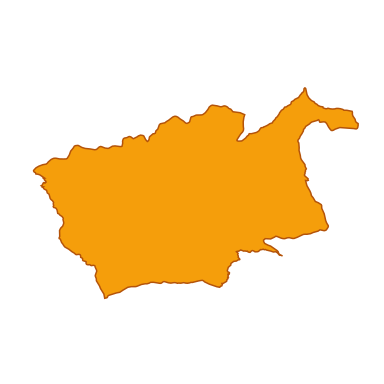 Pamplonita, Norte de Santander, Colombia (Natural Earth projection), rotated 275°
{"feature_id": "7082276B88663315175961", "entity_name": "Pamplonita", "entity_type": "district", "adm_level": 2, "iso_a3": "COL", "parent_name": "Colombia", "parent_adm1": "Norte de Santander", "projection": "natural_earth1", "projection_center": [-72.634, 7.481], "detail": "fine", "context": "isolated", "style": "filled", "palette": "amber", "viewbox_px": 384, "rotation_deg": 275, "n_neighbors": 0, "source": "geoboundaries", "source_scale": "gbopen_adm2", "svg_char_len": 6027}
<svg xmlns="http://www.w3.org/2000/svg" viewBox="0 0 384 384"><g transform="rotate(275 192 192)"><path d="M185.1,41.2L184.4,42.3L184.2,43.5L183.7,42.8L183.5,43.4L182.7,43.8L182.0,44.6L181.0,47.0L178.5,47.9L177.3,49.8L173.2,51.3L172.2,52.2L171.2,53.7L169.6,55.0L168.1,54.8L166.4,55.4L165.5,55.0L165.0,55.2L164.5,55.7L164.4,56.8L163.9,58.0L162.4,59.1L159.0,60.1L158.6,61.3L157.5,62.4L156.3,64.6L155.0,65.8L154.3,66.1L153.3,65.9L150.6,66.8L149.5,66.9L146.8,66.2L144.5,64.3L142.1,63.4L136.2,64.1L134.6,63.6L134.0,63.8L133.6,64.9L130.3,66.5L128.7,68.0L127.4,68.9L126.1,70.2L124.3,74.2L122.0,77.7L121.0,79.8L119.7,81.6L119.5,82.1L120.0,84.6L120.0,85.3L119.6,86.2L118.8,86.6L117.2,86.8L116.8,87.9L116.1,88.8L114.6,89.0L114.1,89.4L113.4,92.5L111.4,92.8L110.7,93.3L110.4,94.7L110.7,96.6L110.1,97.4L109.9,98.2L110.4,100.2L110.2,101.2L109.9,101.7L108.5,102.2L105.9,103.7L104.8,104.0L100.5,102.9L99.5,103.1L97.4,104.2L95.2,104.5L90.4,108.0L87.8,109.3L82.7,113.1L78.5,114.3L79.2,116.4L79.8,116.9L81.0,117.2L81.8,118.1L84.9,125.6L85.8,128.8L88.3,131.9L91.5,136.4L92.4,139.7L92.8,143.9L93.1,145.0L95.5,149.8L96.5,153.4L96.6,155.1L97.4,157.2L98.4,158.6L98.7,161.5L98.2,168.2L98.6,169.5L100.0,171.0L100.3,171.8L100.3,172.7L99.5,176.3L99.4,178.9L100.2,182.1L100.2,183.7L99.8,185.5L100.1,186.4L100.2,188.8L101.0,191.7L100.7,193.5L100.7,195.4L101.3,197.7L101.9,198.8L101.9,200.1L104.0,206.3L104.7,208.8L104.9,210.2L104.5,211.2L103.6,212.3L101.7,217.3L99.8,225.0L99.5,227.9L100.7,228.8L101.0,229.8L102.5,230.3L103.5,229.8L103.6,230.9L105.8,234.0L106.4,234.4L107.8,234.4L108.8,235.4L109.8,235.0L110.3,235.7L111.2,235.1L112.4,235.4L113.2,234.9L113.5,235.5L113.5,236.2L114.7,236.4L115.2,235.9L115.6,234.7L116.6,234.0L120.1,234.7L122.5,237.0L124.2,237.0L126.5,239.6L127.1,242.3L128.4,243.9L128.7,245.3L129.0,245.5L129.5,245.3L130.9,243.7L132.2,243.7L133.7,242.9L134.7,243.3L135.5,242.7L136.4,241.4L136.6,241.6L137.2,243.8L138.5,245.6L137.6,248.8L137.9,249.7L137.7,251.3L137.9,252.3L137.1,253.2L136.9,255.0L137.1,255.3L138.5,256.4L138.9,257.1L138.8,258.2L137.9,260.0L138.1,262.0L138.6,263.4L140.6,265.3L140.6,266.3L141.2,267.9L140.8,269.0L141.1,270.3L140.7,271.1L140.0,275.7L139.3,278.3L139.8,280.6L138.8,282.5L136.7,284.6L136.7,285.9L136.2,287.8L137.5,284.5L138.8,283.5L140.1,283.0L141.1,281.8L145.0,275.0L145.7,272.3L147.1,268.9L148.9,267.7L150.0,267.5L150.4,267.5L151.3,268.6L151.9,268.9L152.1,274.5L154.3,278.2L155.2,279.3L155.1,280.7L153.8,284.8L153.5,286.7L153.6,288.5L154.6,290.8L155.0,292.7L154.5,296.2L154.6,297.7L156.0,300.7L159.4,306.5L159.8,308.2L159.9,310.1L160.8,313.7L162.3,316.4L164.0,321.0L165.5,322.8L165.0,326.6L165.1,327.7L165.9,329.1L168.7,330.6L169.7,330.8L170.5,330.6L172.6,329.0L175.1,327.7L181.8,325.6L187.0,322.7L189.9,322.3L190.7,321.8L192.3,318.8L193.3,315.7L196.7,313.3L198.8,311.3L201.2,310.5L203.1,309.5L208.4,305.9L213.4,304.1L213.3,305.8L213.8,306.8L214.5,306.4L215.3,306.5L217.8,303.1L218.7,302.5L220.4,303.0L221.4,302.8L222.1,303.2L223.7,303.1L225.0,303.9L227.2,302.5L229.2,302.1L233.4,298.4L235.2,297.3L237.9,296.7L242.8,295.0L245.5,294.9L250.2,294.1L251.4,293.2L252.3,293.0L253.4,293.3L255.0,294.4L256.9,294.9L259.6,296.4L262.4,297.6L264.1,297.7L265.4,298.8L267.2,299.5L270.2,303.3L271.2,304.0L272.2,305.3L274.3,310.7L275.0,311.5L274.7,312.2L272.8,313.1L272.7,313.6L273.4,317.2L273.2,318.8L271.8,320.3L268.6,322.4L266.7,324.0L265.5,325.3L265.4,326.2L265.9,327.5L267.1,329.2L269.1,333.6L269.3,347.5L269.1,350.0L269.8,351.1L270.8,351.5L272.9,351.7L274.7,351.5L275.4,350.1L276.4,348.9L278.7,348.1L281.7,345.7L283.4,345.0L285.1,344.9L286.3,344.5L286.9,339.2L286.7,336.1L287.4,335.1L287.9,332.5L288.0,330.2L287.8,328.4L287.2,326.8L286.9,324.7L286.9,322.7L287.3,320.1L286.7,319.0L286.6,318.0L287.1,315.7L287.4,315.2L288.2,315.0L288.4,312.5L289.1,310.2L290.3,308.8L291.0,307.0L292.5,305.7L293.1,303.9L294.0,302.4L296.0,300.1L299.0,298.1L304.9,296.3L305.4,295.9L305.5,295.2L304.7,294.6L302.4,294.6L301.0,293.8L300.2,292.8L299.0,292.2L298.4,291.6L295.4,289.9L293.2,286.3L291.9,285.3L290.6,283.3L289.9,283.0L288.7,283.0L287.7,282.3L286.1,279.7L285.1,278.7L284.6,276.9L282.5,275.8L281.2,274.0L278.4,272.3L277.5,272.1L274.4,270.4L273.2,269.1L271.5,268.4L269.5,266.7L267.8,265.9L266.9,263.7L265.0,261.3L263.4,258.6L263.3,258.0L262.6,257.5L262.0,255.2L260.9,254.4L259.0,253.5L257.7,252.1L257.1,251.2L256.6,250.1L255.3,246.2L255.1,244.0L254.7,243.7L253.6,243.4L252.4,242.0L250.5,240.8L247.9,238.0L247.2,237.1L246.7,233.9L247.0,232.5L247.5,232.2L248.5,232.5L253.6,235.2L256.3,237.2L257.7,237.8L259.5,237.9L261.8,237.4L266.3,236.9L271.0,237.2L273.6,237.8L275.2,233.0L275.5,225.8L277.9,223.4L278.5,221.3L279.7,220.0L280.5,218.1L280.6,216.5L279.6,214.2L279.4,212.8L280.0,209.6L280.3,204.7L279.8,203.5L278.2,201.8L275.7,200.7L272.2,198.4L270.2,196.2L269.6,194.8L269.0,189.5L267.4,186.6L266.8,184.8L266.3,184.4L262.0,183.6L261.2,183.2L259.9,181.1L260.1,179.7L262.0,177.2L263.7,173.9L265.3,171.5L265.9,169.9L266.0,168.4L265.3,166.7L264.4,165.6L261.4,162.4L259.9,160.3L258.6,159.0L257.2,154.5L255.9,153.5L251.8,152.5L249.7,150.7L247.4,150.3L246.7,149.1L246.6,148.1L243.7,145.3L243.0,144.8L240.4,144.6L238.8,143.7L238.4,143.1L240.1,141.3L243.6,139.1L244.0,138.2L244.2,135.8L243.2,133.7L242.2,132.6L240.0,129.0L240.1,128.6L241.5,126.4L241.8,125.2L241.7,124.3L240.5,122.4L239.8,119.9L239.0,119.0L237.8,118.6L236.5,118.4L234.6,118.7L231.5,118.3L231.2,117.8L231.0,116.5L231.2,111.3L230.7,108.7L228.5,105.6L228.1,104.5L228.2,101.6L229.2,98.2L229.4,97.1L228.8,95.7L226.1,93.2L225.6,91.5L226.0,86.9L226.1,81.8L226.8,78.4L228.2,75.3L228.5,74.3L228.0,71.8L227.4,70.8L225.2,69.7L222.2,67.6L218.1,66.5L214.7,64.8L214.0,63.8L213.7,61.4L213.4,57.4L213.8,53.5L213.7,52.2L213.4,51.0L212.2,48.9L209.3,46.1L208.1,45.4L207.1,44.3L206.2,41.0L204.4,37.2L202.5,34.5L200.5,32.9L199.6,32.3L199.0,32.4L198.1,33.1L197.7,34.3L196.3,34.9L196.3,36.6L195.9,38.7L193.0,44.0L192.7,42.8L192.1,43.6L191.0,44.1L190.6,45.0L189.2,45.8L188.7,44.8L188.2,44.9L188.0,43.5L188.3,43.4L188.1,43.1L185.7,42.1L185.1,41.2Z" fill="#f59e0b" stroke="#b45309" stroke-width="1.5"/></g></svg>